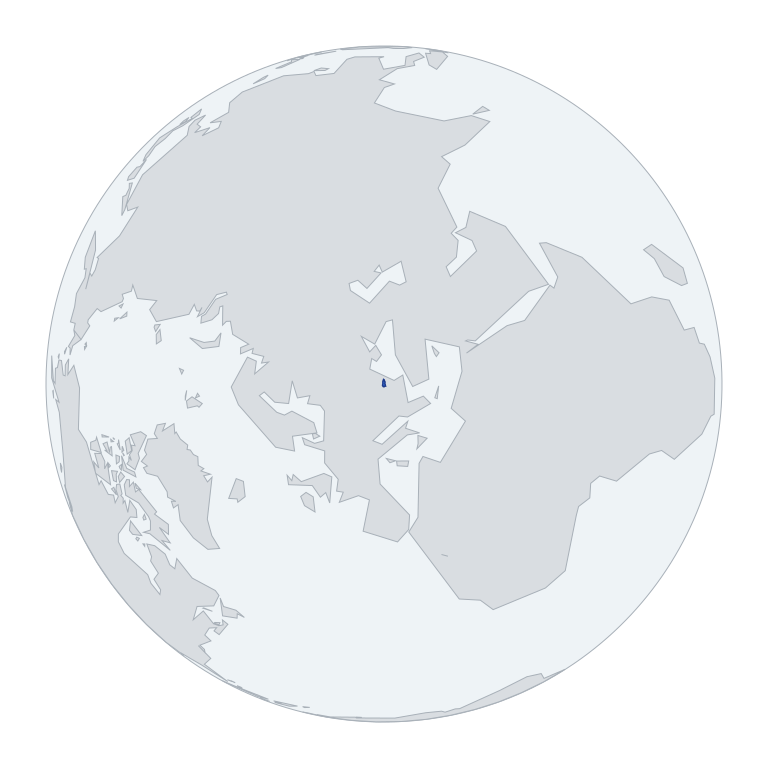 globe centered on Calarasi, rotated 268°
{"feature_id": "ROU-129", "entity_name": "Calarasi", "entity_type": "County", "adm_level": 1, "iso_a3": "ROU", "parent_name": "Romania", "parent_adm1": "", "projection": "orthographic", "projection_center": [26.943, 44.314], "detail": "fine", "context": "on_globe", "style": "filled", "palette": "blue", "viewbox_px": 768, "rotation_deg": 268, "n_neighbors": 0, "source": "natural_earth", "source_scale": "10m", "svg_char_len": 11654}
<svg xmlns="http://www.w3.org/2000/svg" viewBox="0 0 768 768"><g transform="rotate(268 384 384)"><circle cx="384" cy="384" r="338" fill="#eef3f6" stroke="#a8b0b8"/><path d="M263.7,68.2L276.9,65.3L267.3,68.4L272.4,67.7L284.8,64.1L291.7,62.1L326.0,60.8L367.0,58.5L379.9,55.4L377.1,58.6L401.7,52.1L424.0,52.9L398.7,53.7L396.1,55.3L411.2,56.2L411.8,58.2L419.4,60.0L418.7,62.5L404.1,63.7L403.3,65.6L414.1,66.2L420.2,69.8L404.5,68.4L413.5,74.7L390.6,79.6L349.3,77.0L336.4,84.6L293.4,95.7L297.2,97.9L283.3,104.6L282.4,109.9L274.7,111.2L280.7,114.5L287.9,112.4L293.0,113.3L293.2,116.5L283.3,118.4L281.8,117.1L279.0,119.4L274.0,119.1L276.6,121.0L264.6,123.5L276.6,125.9L267.2,132.0L259.2,132.4L260.0,125.9L243.4,113.3L235.6,113.0L223.8,118.4L201.7,141.2L193.0,144.1L181.4,152.7L186.1,153.6L196.9,147.3L202.8,151.9L215.3,144.6L219.5,145.7L232.4,141.4L230.4,149.2L221.6,159.4L210.8,163.6L206.6,168.5L216.8,170.8L196.7,185.6L183.5,208.2L178.4,211.7L168.2,206.1L168.2,189.4L155.0,185.1L163.5,195.5L150.3,205.3L148.2,210.5L148.9,214.8L153.8,214.3L149.3,219.6L139.3,210.5L143.2,205.5L146.3,208.2L146.2,200.8L139.4,196.1L133.3,202.1L129.4,190.9L125.0,195.3L121.7,195.8L129.0,189.3L115.8,201.3L110.2,194.7L92.1,217.4L110.0,191.2L116.4,181.0L122.6,171.3L119.6,174.7L131.9,159.2L133.6,157.1L152.1,138.2L172.1,120.8L193.4,105.0L215.8,90.9L239.3,78.6L263.7,68.2ZM59.1,291.2L57.8,297.1L54.1,310.9L56.0,305.4L53.1,318.9L52.0,343.8L51.2,344.9L49.7,383.0L54.0,414.2L55.0,430.1L53.9,433.6L56.8,443.8L56.9,448.2L73.5,488.5L86.5,516.7L89.1,531.0L84.2,533.6L92.6,555.1L80.8,533.2L70.7,510.5L62.2,487.2L55.5,463.2L50.6,438.9L47.4,414.2L46.1,389.4L46.6,364.6L49.0,339.8L53.1,315.3L59.1,291.2ZM87.7,223.6L73.0,257.5L76.6,245.5L76.7,246.0L81.5,235.7L88.6,220.9L93.1,212.1L87.7,223.6ZM91.8,222.0L93.9,217.2L92.5,221.1L91.8,222.0ZM294.7,61.1L285.0,64.0L273.6,66.8L281.6,64.0L294.7,61.1ZM316.4,57.8L312.0,59.2L306.8,58.7L310.9,58.0L316.4,57.8ZM389.1,53.2L381.1,53.4L388.7,52.7L389.1,53.2ZM420.6,59.8L422.7,59.3L425.7,60.6L420.6,59.8ZM232.6,137.5L232.5,139.4L230.1,139.2L232.6,137.5ZM238.3,134.1L235.7,132.5L238.0,130.6L239.6,131.6L238.3,134.1ZM427.5,65.8L431.8,68.3L424.9,65.8L427.5,65.8ZM241.0,136.6L242.5,127.6L246.6,124.5L256.0,125.9L241.0,136.6ZM432.6,69.9L443.2,76.7L448.8,75.9L439.0,82.8L433.2,74.3L423.9,71.2L430.8,71.6L432.6,69.9ZM290.2,110.4L282.5,112.8L288.7,108.0L290.2,110.4ZM292.9,107.2L304.9,92.6L316.4,91.2L310.0,96.1L324.8,92.5L324.4,98.9L316.3,102.3L309.0,101.8L314.4,104.8L292.9,107.2ZM431.9,85.9L432.2,88.0L429.0,86.0L431.9,85.9ZM295.5,113.3L296.9,110.3L306.9,108.7L306.0,114.6L303.0,113.2L295.5,113.3ZM328.8,88.6L336.0,88.8L337.8,94.0L340.9,94.9L325.4,99.0L328.8,88.6ZM300.8,115.2L305.2,117.8L300.6,121.5L294.8,116.3L300.8,115.2ZM310.0,106.0L314.7,105.6L311.7,107.7L310.0,106.0ZM286.9,137.1L288.3,132.9L293.6,131.7L286.9,137.1ZM307.1,118.5L308.7,117.2L310.9,116.4L312.8,118.9L307.1,118.5ZM327.7,102.5L326.9,104.8L334.1,101.1L335.7,105.2L325.1,107.3L330.4,108.2L330.9,109.5L321.7,109.8L327.7,102.5ZM321.5,119.2L308.6,124.0L304.7,131.6L299.8,132.8L307.0,120.3L321.5,119.2ZM322.4,113.6L320.8,117.2L315.5,116.6L313.5,113.8L322.4,113.6ZM340.6,107.4L340.9,100.5L343.2,100.3L340.6,107.4ZM321.4,121.4L324.5,120.3L321.8,122.0L321.4,121.4ZM335.9,111.7L335.7,109.2L338.3,109.0L335.9,111.7ZM331.0,120.2L326.8,121.7L325.2,119.7L331.0,120.2ZM334.0,116.4L337.7,116.8L327.2,118.1L333.5,115.3L334.0,116.4ZM338.4,112.0L339.9,111.1L338.1,113.1L338.4,112.0ZM339.2,127.4L326.3,129.5L322.9,124.9L335.9,123.4L339.2,127.4ZM174.5,538.2L154.7,485.2L164.6,472.7L166.5,451.7L235.2,403.6L249.6,413.3L303.5,416.3L310.2,420.4L303.7,437.6L344.1,464.1L357.3,450.3L394.0,462.4L418.5,460.6L427.4,426.6L387.3,429.0L380.5,412.6L412.7,396.4L447.8,394.7L446.3,388.3L424.2,376.1L432.4,363.0L416.6,370.8L422.9,377.1L413.2,382.5L406.8,377.3L409.9,372.6L399.4,370.3L387.2,394.2L392.3,403.1L364.6,407.4L370.5,422.9L362.9,429.9L350.2,406.4L351.5,397.8L327.7,370.9L323.8,380.0L346.0,406.5L339.0,404.0L333.9,417.9L332.3,405.5L309.1,375.4L284.2,376.6L252.2,405.0L237.7,403.6L225.7,392.0L237.6,358.0L268.7,365.4L273.3,354.6L267.3,335.2L277.3,339.5L278.6,332.9L290.4,334.9L307.2,321.9L319.2,322.4L326.1,302.6L333.2,300.5L327.1,312.6L329.3,321.7L359.1,323.6L364.9,319.6L367.0,306.9L374.9,309.5L373.1,297.0L390.4,292.4L367.8,288.0L369.6,274.2L380.2,264.0L376.7,259.0L359.5,275.8L356.4,283.4L360.1,291.0L347.8,312.5L337.5,315.3L335.0,290.7L320.1,292.3L324.6,273.5L368.3,237.8L386.3,231.2L415.6,248.5L411.3,257.2L398.6,255.1L410.0,269.4L409.2,262.3L415.8,264.8L419.2,253.2L424.1,254.6L419.1,241.6L425.4,242.0L428.5,250.2L438.9,234.5L452.1,232.7L452.1,228.6L448.4,224.7L467.7,225.6L466.8,222.6L460.2,221.1L454.2,214.3L451.2,203.1L458.0,204.0L460.1,208.1L474.5,218.7L478.9,230.4L481.3,229.7L479.2,219.9L461.5,206.8L457.8,199.9L466.9,204.8L463.3,202.4L463.6,199.3L470.2,197.2L460.5,191.5L454.3,158.7L466.5,152.4L475.3,159.8L478.1,140.5L491.7,136.4L485.6,134.8L482.8,125.5L478.5,126.6L475.4,125.2L466.2,103.7L469.4,100.0L458.5,90.6L455.4,90.0L452.4,92.0L439.0,82.8L448.8,75.9L455.4,77.5L457.0,72.8L472.0,77.5L485.1,79.8L500.6,88.8L509.6,90.4L509.2,88.5L521.1,89.9L547.2,100.9L528.0,100.4L489.2,89.2L505.2,94.0L502.1,95.7L508.2,99.4L519.4,103.1L520.4,101.7L541.2,124.8L569.4,144.1L566.1,134.0L572.4,133.0L601.5,150.0L639.4,196.0L648.2,198.2L654.3,204.4L659.0,215.1L650.2,206.3L647.4,209.7L641.8,203.5L646.3,219.0L638.4,210.9L645.8,227.7L652.1,230.5L651.1,219.3L660.9,238.2L670.5,239.6L680.7,252.5L695.5,294.4L696.8,319.4L698.8,325.0L694.6,326.7L696.1,344.9L709.8,358.3L711.9,366.3L711.1,395.5L709.8,390.2L698.6,394.5L701.7,416.1L710.4,417.5L713.6,430.5L709.2,435.6L705.3,424.8L701.3,425.8L698.7,408.2L688.2,390.0L683.5,404.9L680.3,394.7L665.2,384.2L656.4,405.1L644.8,453.2L649.2,480.6L642.6,498.9L620.0,473.3L609.2,449.5L601.4,457.8L577.8,444.9L538.3,462.3L532.3,456.4L524.9,463.1L508.3,460.8L499.0,450.2L489.1,454.1L513.7,481.2L524.3,477.0L532.7,460.7L537.6,471.3L553.6,475.7L537.2,510.9L477.9,551.9L471.6,531.8L423.9,476.7L425.1,469.2L424.8,468.4L424.2,467.0L420.4,479.4L412.0,467.5L438.0,509.0L442.6,526.8L477.0,553.3L473.9,557.2L484.9,561.4L519.3,544.3L519.6,551.1L503.7,586.3L455.5,633.6L461.7,654.6L457.8,671.9L427.4,685.9L429.7,695.9L413.9,700.6L412.6,705.5L399.7,710.8L378.3,714.8L342.3,712.9L340.4,709.5L322.8,699.9L298.6,671.5L307.9,659.1L304.8,646.8L278.8,613.0L284.5,596.3L277.5,587.1L263.0,585.7L254.8,574.2L246.0,571.6L191.1,558.6L174.5,538.2ZM211.6,435.5L209.7,441.7L209.7,441.8L211.6,435.5ZM485.4,409.7L506.1,405.4L495.9,386.2L503.0,383.3L496.9,378.1L495.1,384.9L480.1,370.3L488.6,361.5L485.7,352.6L478.6,353.7L465.3,372.4L486.6,393.0L482.3,403.1L485.4,409.7ZM52.1,344.4L51.6,350.2L51.4,346.1L52.1,344.4ZM74.6,248.9L72.7,254.1L70.8,258.7L71.8,255.5L74.6,248.9ZM64.4,291.4L63.4,298.5L63.4,293.3L64.4,291.4ZM71.2,262.6L65.1,286.3L65.3,278.2L69.6,263.6L68.0,270.5L71.2,262.6ZM87.7,226.6L85.9,230.6L84.8,231.8L87.7,226.6ZM90.7,224.9L91.0,223.9L92.9,220.6L90.7,224.9ZM151.0,205.8L151.6,206.7L151.2,211.7L149.1,210.7L151.0,205.8ZM163.1,228.1L155.6,236.3L159.5,229.3L155.1,229.0L157.9,214.6L175.9,212.8L167.2,215.9L163.1,228.1ZM166.6,195.9L162.8,204.6L166.3,195.2L166.6,195.9ZM274.5,296.8L278.4,302.3L273.7,309.3L258.5,310.6L265.2,300.3L274.5,296.8ZM285.0,308.8L286.7,285.1L296.2,284.0L290.6,288.5L296.7,290.1L289.3,297.9L296.7,320.8L293.0,328.6L267.0,325.6L277.5,322.0L273.1,316.5L285.0,308.8ZM274.3,233.2L275.1,224.8L294.6,233.0L291.6,240.1L276.3,241.3L270.9,233.8L274.3,233.2ZM257.3,141.6L256.4,139.2L259.1,138.4L262.1,140.0L257.3,141.6ZM287.1,135.2L264.2,152.3L262.0,150.1L251.2,163.6L241.2,163.4L248.5,154.5L232.7,164.8L235.3,156.7L225.2,164.6L242.5,144.8L244.2,138.5L246.2,145.5L255.3,145.8L259.8,144.0L273.7,134.6L281.8,122.0L292.3,120.9L297.5,123.5L297.1,126.3L290.4,126.0L294.7,130.1L284.8,131.9L287.1,135.2ZM352.3,164.2L344.8,161.0L351.7,172.7L341.8,173.2L343.3,174.6L336.1,178.5L329.8,185.7L325.4,184.9L324.8,188.1L320.1,191.1L317.9,195.4L309.1,195.5L305.7,201.0L303.5,198.0L299.9,207.4L298.6,200.6L292.3,204.2L296.9,208.9L255.0,202.7L238.5,206.6L225.4,214.0L224.9,202.2L236.9,188.1L254.6,175.6L270.6,174.0L267.5,169.3L274.3,167.4L273.9,171.9L278.5,163.8L283.9,163.5L299.7,154.5L303.0,143.9L308.8,140.7L310.3,144.7L315.1,138.8L321.9,144.3L326.2,142.3L337.2,146.1L337.5,155.6L342.4,152.7L351.0,155.9L352.3,164.2ZM342.1,128.7L344.8,139.2L340.7,144.8L323.2,135.9L318.3,137.0L307.0,132.2L313.2,124.3L315.9,126.3L319.9,126.5L316.4,128.9L322.2,127.1L326.1,130.0L331.7,129.5L331.0,133.0L342.1,128.7ZM318.0,414.6L323.2,416.0L331.4,416.1L328.3,425.2L318.0,414.6ZM301.8,394.3L306.6,393.9L306.2,406.0L300.8,404.8L301.8,394.3ZM309.5,383.7L306.9,392.9L305.1,387.2L309.5,383.7ZM331.5,311.7L336.6,310.7L337.0,313.7L334.1,318.0L331.5,311.7ZM370.8,201.7L367.2,198.3L368.7,196.7L366.8,186.8L373.9,186.0L377.9,191.7L370.8,201.7ZM420.5,433.1L413.3,440.1L409.6,437.3L412.8,435.4L420.5,433.1ZM368.5,434.3L380.2,438.6L367.5,436.7L368.5,434.3ZM378.3,199.2L376.7,195.1L381.2,197.3L378.3,199.2ZM379.0,185.0L384.5,186.6L374.5,184.8L379.0,185.0ZM514.2,656.3L489.6,686.9L474.0,690.7L472.0,684.8L481.6,667.7L499.9,658.5L509.1,648.1L514.2,656.3ZM715.7,448.5L715.0,451.9L712.7,459.9L714.1,453.2L717.7,437.0L715.7,448.5ZM713.8,454.0L709.2,459.0L696.6,447.6L701.3,440.2L713.1,437.1L712.6,442.1L715.4,441.2L713.8,454.0ZM720.6,414.1L720.1,418.7L719.2,424.0L718.6,415.1L719.0,405.4L720.0,399.9L719.5,354.1L720.2,352.0L721.4,368.8L721.7,370.9L720.6,414.1ZM650.6,482.1L658.0,492.3L653.8,498.8L650.6,482.1ZM715.8,328.6L718.3,347.9L715.0,326.0L715.8,328.6ZM711.8,310.9L713.3,315.5L712.1,314.2L711.8,310.9ZM702.0,332.3L701.1,339.5L699.4,336.0L699.6,324.8L702.0,332.3ZM688.6,263.7L694.7,274.3L696.7,279.0L693.3,275.4L688.6,263.7ZM437.0,191.4L431.8,205.6L432.8,216.4L440.8,222.9L427.3,220.3L425.8,203.7L437.0,191.4ZM451.4,162.4L444.4,157.6L448.8,156.2L451.0,157.1L451.4,162.4ZM446.2,162.0L435.1,162.9L432.0,157.9L441.4,158.1L446.2,162.0ZM406.7,180.1L404.7,184.2L401.0,182.2L406.7,180.1ZM716.6,324.4L716.5,323.9L718.0,333.4L713.4,308.7L713.9,310.6L716.6,324.4ZM714.0,312.4L715.6,321.2L712.9,308.1L714.0,312.4ZM715.0,319.7L713.4,314.3L713.1,310.6L715.0,319.7ZM713.5,309.7L710.4,298.3L711.7,302.1L713.5,309.7ZM709.2,302.8L711.3,302.9L711.4,311.4L703.8,292.5L703.1,286.7L709.2,302.8ZM657.2,198.4L653.1,194.7L650.4,188.9L654.0,193.0L657.2,198.4ZM637.8,168.4L648.3,186.2L656.1,201.6L657.2,200.4L665.3,211.3L659.8,208.7L649.1,191.9L644.4,181.8L636.9,173.9L629.3,163.5L620.4,156.9L614.9,150.9L621.5,154.1L637.8,168.4ZM616.7,154.5L598.4,141.5L596.5,134.7L600.1,136.0L609.3,144.7L609.8,147.7L616.7,154.5ZM593.4,136.5L593.7,139.5L567.4,131.1L561.4,127.8L580.4,129.5L581.6,132.6L588.4,136.2L593.4,136.5ZM435.8,87.9L432.5,88.0L434.3,86.5L435.8,87.9ZM473.1,126.0L469.1,123.9L471.2,121.9L473.1,126.0ZM459.1,117.2L459.5,120.8L456.3,116.6L459.1,117.2ZM460.8,129.3L458.3,122.1L464.8,129.6L460.8,129.3Z" fill="#d9dde1" stroke="#a8b0b8" stroke-width="1"/><path d="M385.2,385.1L384.7,385.0L384.4,384.8L384.2,384.9L383.8,384.9L383.4,385.2L383.2,385.2L382.9,385.3L382.6,385.3L381.8,385.5L381.8,385.4L381.8,385.2L382.0,385.0L382.0,384.9L381.9,384.6L381.8,384.4L381.4,384.2L381.2,383.9L381.3,383.8L381.4,383.6L381.5,383.5L381.5,383.4L381.9,383.2L382.0,383.1L381.9,383.0L381.8,382.9L382.2,382.6L382.3,382.6L382.5,382.7L382.8,382.7L383.0,382.5L383.3,382.7L383.5,382.7L383.7,382.8L383.8,382.8L384.1,382.8L384.6,382.9L384.7,383.0L384.8,383.0L385.0,382.9L385.8,382.9L386.0,382.9L386.8,383.0L387.1,383.1L387.3,383.2L387.4,383.3L387.5,383.4L387.9,383.5L388.6,383.7L388.4,384.0L388.2,384.3L387.6,384.4L387.4,384.5L387.2,384.6L386.8,384.6L386.6,384.7L386.4,384.8L386.3,385.0L386.2,385.0L385.5,385.0L385.4,385.0L385.2,385.1Z" fill="#3b82f6" stroke="#1e3a8a" stroke-width="1.5"/></g></svg>